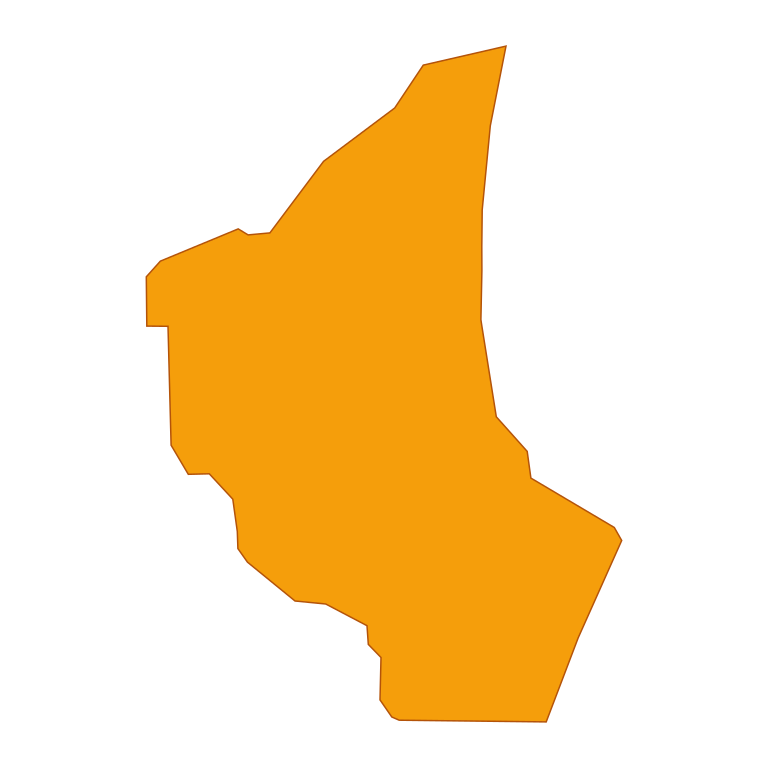 outline of St. Charles, Louisiana, United States of America
{"feature_id": "52423323B77626952716253", "entity_name": "St. Charles", "entity_type": "district", "adm_level": 2, "iso_a3": "USA", "parent_name": "United States of America", "parent_adm1": "Louisiana", "projection": "albers", "projection_center": [-90.368, 29.928], "detail": "fine", "context": "isolated", "style": "filled", "palette": "amber", "viewbox_px": 768, "rotation_deg": 0, "n_neighbors": 0, "source": "geoboundaries", "source_scale": "gbopen_adm2", "svg_char_len": 621}
<svg xmlns="http://www.w3.org/2000/svg" viewBox="0 0 768 768"><path d="M506.0,46.1L423.3,65.1L394.7,108.0L323.6,161.3L269.9,232.9L248.1,234.9L238.2,228.9L160.4,261.1L146.3,276.8L146.8,326.1L168.0,326.3L171.1,445.2L188.3,474.3L209.3,473.8L232.8,499.2L237.3,531.5L237.9,548.6L247.5,562.2L295.0,601.0L325.7,604.0L367.0,625.7L368.3,644.4L381.0,657.5L380.0,699.9L391.8,717.0L399.2,720.2L546.2,721.9L578.2,637.8L621.7,540.5L614.3,527.5L530.9,478.1L527.2,451.4L496.3,416.8L481.9,326.3L480.9,319.7L481.9,270.7L481.8,246.7L482.2,210.9L482.2,210.0L490.3,125.8L506.0,46.1Z" fill="#f59e0b" stroke="#b45309" stroke-width="1.5"/></svg>